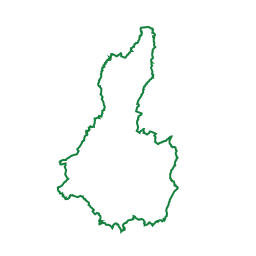 Bangli, Bali, Indonesia, rotated 191°
{"feature_id": "22746128B25936754669599", "entity_name": "Bangli", "entity_type": "district", "adm_level": 2, "iso_a3": "IDN", "parent_name": "Indonesia", "parent_adm1": "Bali", "projection": "mercator", "projection_center": [115.362, -8.333], "detail": "fine", "context": "isolated", "style": "outline", "palette": "green", "viewbox_px": 256, "rotation_deg": 191, "n_neighbors": 0, "source": "geoboundaries", "source_scale": "gbopen_adm2", "svg_char_len": 5848}
<svg xmlns="http://www.w3.org/2000/svg" viewBox="0 0 256 256"><g transform="rotate(191 128 128)"><path d="M77.8,118.0L79.2,118.2L80.7,117.6L81.3,118.3L82.1,118.3L82.6,119.7L84.1,120.6L84.9,123.5L83.7,127.9L84.7,127.6L85.2,126.6L86.0,126.1L86.2,125.3L87.5,124.2L88.4,122.5L90.1,122.0L91.1,121.1L91.8,121.0L92.4,120.1L94.1,119.4L95.4,117.9L98.9,119.7L98.8,120.8L99.3,122.9L99.0,124.0L100.8,125.5L99.5,127.6L103.8,128.7L105.9,128.8L106.3,127.2L108.1,125.2L109.9,126.0L111.9,126.2L111.6,127.4L112.4,128.5L112.3,130.0L112.7,129.9L113.1,128.8L114.8,127.6L115.7,126.1L115.7,125.5L118.9,126.8L118.3,128.4L118.3,130.9L120.2,134.8L120.3,137.2L119.8,137.6L119.6,138.4L120.0,139.7L119.6,139.9L119.9,141.4L117.4,143.8L117.4,144.9L123.2,145.9L123.0,149.9L121.5,151.9L122.2,153.3L123.5,153.3L123.3,155.9L122.7,158.2L121.3,161.3L121.0,162.3L121.3,162.9L120.6,163.6L120.6,164.4L119.9,165.8L120.5,168.7L119.9,169.0L120.3,169.7L120.2,171.6L119.3,172.1L119.1,173.7L118.2,174.5L118.3,175.4L117.8,175.5L117.3,176.9L116.1,178.3L115.9,179.4L114.6,180.5L114.0,182.0L113.0,182.2L113.5,183.3L113.2,183.8L113.8,184.6L113.5,185.1L114.8,185.7L114.7,188.0L116.5,190.7L116.9,192.0L116.2,194.0L117.1,194.8L117.4,197.1L117.2,197.1L117.8,197.5L118.3,199.0L117.8,200.4L117.0,201.0L117.1,202.3L117.8,203.2L118.5,205.5L118.2,207.5L118.6,207.9L118.6,209.4L118.1,210.8L116.6,212.7L117.9,213.6L118.3,214.6L118.4,216.8L119.0,217.2L119.8,220.3L119.4,220.9L119.6,221.9L120.7,222.1L121.0,222.8L119.6,223.3L119.3,224.7L120.7,226.0L122.3,226.1L122.1,227.4L122.5,228.0L122.1,229.2L122.9,229.6L123.1,230.3L125.1,230.2L126.2,231.0L127.6,231.0L134.4,228.9L134.6,228.1L134.3,226.8L133.8,226.0L133.1,225.5L133.5,224.8L132.3,223.8L132.9,222.2L132.6,221.8L133.6,221.2L133.9,220.5L133.5,220.0L134.1,219.5L133.7,217.5L134.5,215.4L134.5,214.0L135.5,212.9L136.3,213.0L137.1,211.7L137.6,211.5L137.6,208.9L138.4,208.9L138.5,208.3L139.7,207.2L139.8,206.4L140.3,206.5L140.1,205.1L139.0,204.4L139.6,204.3L140.4,203.1L140.7,202.1L141.4,201.7L141.8,200.1L142.5,199.9L143.7,197.0L144.3,196.4L148.3,197.1L148.8,199.6L149.3,200.0L151.7,197.1L152.3,197.1L152.9,196.2L156.7,197.5L157.8,197.6L158.5,197.3L157.9,196.5L158.6,195.8L158.3,194.1L158.6,194.0L158.5,193.3L159.4,193.6L158.6,192.7L159.2,192.6L158.9,191.7L160.0,192.0L159.9,191.1L161.3,190.9L161.5,189.8L162.2,189.1L161.6,188.4L162.5,187.1L163.1,187.1L163.1,186.6L162.7,186.3L163.2,185.9L163.2,185.3L164.0,184.8L163.9,184.4L163.3,184.3L162.9,183.6L163.7,183.4L164.0,182.5L164.7,182.4L164.6,180.2L163.9,179.7L164.4,178.6L164.9,178.4L164.5,176.6L164.9,175.4L164.4,175.0L164.1,173.6L164.6,171.0L165.3,170.1L165.1,169.4L165.6,168.6L165.2,168.0L165.3,167.0L165.8,165.9L165.2,164.1L164.3,163.5L163.6,163.7L163.6,163.1L161.7,161.6L161.0,157.2L161.4,155.9L158.9,153.6L158.8,153.0L159.4,151.7L156.9,148.4L156.1,146.0L155.5,145.5L154.7,143.5L155.2,142.2L154.8,141.1L156.4,140.2L156.2,139.7L156.4,138.3L155.8,137.5L156.3,136.6L156.2,134.2L158.7,134.4L158.9,133.3L158.1,132.3L160.0,132.3L160.9,131.5L162.6,130.9L161.8,129.0L162.0,127.6L161.6,126.5L162.1,123.9L161.7,122.6L163.0,122.5L164.1,121.8L165.3,122.5L165.5,121.8L166.6,120.8L166.1,120.0L166.2,119.1L165.8,119.4L165.4,119.1L165.8,118.1L166.8,117.2L167.5,117.3L167.5,116.9L168.4,117.2L168.6,116.4L167.4,115.4L167.8,114.9L166.8,114.2L167.1,113.9L167.0,113.1L168.1,112.6L168.9,111.5L168.9,108.5L168.6,107.6L169.6,107.0L169.6,106.5L170.4,105.8L170.2,105.2L171.7,100.9L173.7,97.5L172.9,96.3L172.1,96.0L173.0,92.7L178.3,89.9L180.4,87.5L181.5,86.8L182.7,85.4L182.8,84.7L185.8,84.2L188.3,82.3L187.7,81.9L188.1,81.2L187.8,81.1L187.5,79.4L186.1,79.5L184.4,80.6L182.5,81.3L182.1,79.5L182.8,78.0L180.7,74.7L180.8,70.4L177.7,66.9L177.0,66.6L178.5,64.7L178.8,63.6L180.0,62.9L181.8,58.9L182.6,58.4L183.5,57.2L185.0,56.7L185.5,56.1L184.6,53.4L184.0,52.6L182.8,52.3L182.4,50.8L180.8,50.9L180.2,51.3L180.1,50.8L179.0,50.2L179.2,48.7L178.6,48.5L178.1,48.7L177.9,48.2L176.3,47.5L175.8,47.7L176.1,46.5L175.6,46.2L174.1,46.9L173.6,46.9L172.5,47.9L172.5,48.5L171.9,49.3L172.2,50.2L171.5,51.2L170.1,51.0L169.5,51.6L168.8,51.1L164.2,50.5L161.8,52.3L159.9,51.8L159.4,52.2L158.1,50.3L157.0,50.2L156.9,49.6L156.0,49.7L155.6,48.9L152.5,47.4L151.8,46.6L152.1,45.0L150.2,44.2L149.9,43.4L146.1,41.4L145.9,40.8L146.9,39.6L144.9,37.7L143.7,37.1L142.4,38.6L141.8,38.4L141.1,38.7L140.0,38.2L139.9,37.2L138.5,36.5L138.0,35.4L137.8,32.8L138.7,31.8L138.7,31.3L138.3,30.9L136.5,31.7L135.9,31.7L137.0,30.9L137.5,30.1L137.9,28.5L137.7,28.0L134.6,30.1L132.4,30.2L131.2,28.8L128.3,29.3L127.7,29.1L125.1,27.8L124.3,26.7L123.9,27.8L124.1,29.1L123.6,29.7L123.7,30.4L122.2,31.9L120.7,32.0L120.5,31.2L119.5,31.3L118.8,30.9L118.1,29.2L117.2,28.7L115.3,26.4L114.9,25.0L114.1,26.4L113.5,26.4L112.0,27.5L112.5,28.0L112.1,29.0L112.6,29.5L113.3,29.3L113.2,30.0L114.0,30.5L114.4,31.7L114.2,32.5L112.6,34.4L112.2,34.2L111.3,34.8L110.9,36.3L110.1,37.4L105.8,39.2L105.3,39.7L105.8,40.6L105.4,41.7L105.7,42.6L104.3,42.3L103.1,41.0L101.0,40.5L100.2,39.9L99.7,39.9L98.7,40.8L97.9,40.8L97.4,41.3L95.5,40.8L93.6,38.8L94.1,37.6L93.3,36.6L93.1,35.7L92.1,36.6L91.6,36.4L91.0,36.8L89.8,37.9L89.6,39.1L88.6,39.5L87.9,38.8L86.0,38.3L85.9,37.5L85.3,36.9L82.5,41.6L80.9,41.5L80.3,42.3L80.7,42.6L79.1,43.5L77.6,43.7L76.6,42.9L75.7,44.1L75.7,45.1L74.6,44.3L74.2,46.1L74.4,47.3L73.9,48.4L73.2,49.0L73.4,49.5L73.2,50.4L73.6,52.0L74.7,54.1L74.7,55.6L74.7,56.7L74.0,58.1L74.0,59.3L73.5,60.2L73.7,62.6L73.1,63.8L73.3,65.3L70.4,74.6L67.7,78.1L67.9,79.2L68.3,79.6L69.2,79.6L70.1,80.6L70.3,80.3L71.3,80.3L72.2,83.3L72.9,84.3L74.3,84.1L74.5,84.7L75.6,84.9L75.6,85.8L76.1,86.3L77.0,86.6L77.4,89.5L77.9,90.7L77.3,92.8L77.5,94.7L76.3,96.2L76.4,96.7L75.2,99.9L74.7,100.0L74.5,100.6L75.2,101.1L75.3,103.5L75.0,104.2L75.0,105.3L74.5,105.6L74.4,107.3L73.8,107.7L73.7,108.5L75.0,109.3L75.1,110.1L76.1,111.4L76.4,112.9L75.8,114.8L76.6,115.3L77.8,118.0Z" fill="none" stroke="#15803d" stroke-width="2"/></g></svg>